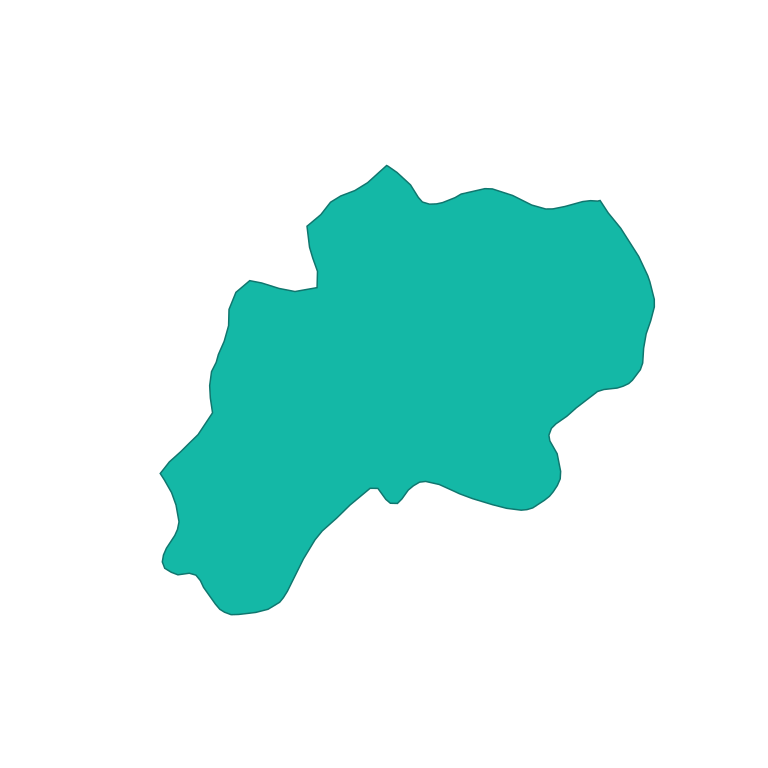 Taehung, P'yŏngan-namdo, North Korea, rotated 58°
{"feature_id": "82179303B83506580076946", "entity_name": "Taehung", "entity_type": "district", "adm_level": 2, "iso_a3": "PRK", "parent_name": "North Korea", "parent_adm1": "P'yŏngan-namdo", "projection": "equal_earth", "projection_center": [126.981, 40.081], "detail": "fine", "context": "isolated", "style": "filled", "palette": "teal", "viewbox_px": 768, "rotation_deg": 58, "n_neighbors": 0, "source": "geoboundaries", "source_scale": "gbopen_adm2", "svg_char_len": 1838}
<svg xmlns="http://www.w3.org/2000/svg" viewBox="0 0 768 768"><g transform="rotate(58 384 384)"><path d="M512.2,381.3L517.0,378.2L528.2,369.6L544.1,355.7L554.4,345.9L563.7,334.5L566.3,329.3L567.9,323.5L567.6,309.4L566.9,303.2L565.1,297.7L562.0,290.9L560.7,289.0L557.8,284.8L551.7,280.5L534.9,274.1L520.1,273.5L514.8,271.3L510.3,265.5L508.9,259.3L508.2,245.8L506.1,233.6L503.5,206.9L505.2,200.4L511.0,188.4L512.6,182.3L513.3,176.2L512.4,171.3L507.7,159.0L503.3,153.5L491.3,144.9L480.4,135.1L471.7,124.3L461.9,113.9L455.4,109.9L438.3,104.4L431.8,102.9L410.8,100.4L377.4,100.7L357.7,103.2L342.9,103.5L342.1,105.9L337.9,111.8L334.6,118.8L329.3,136.6L325.0,148.0L321.3,154.1L310.5,163.9L292.3,175.0L276.0,188.7L271.8,194.9L263.8,217.9L263.6,225.0L261.2,238.2L259.1,244.0L255.6,250.1L250.0,255.0L243.9,256.0L229.2,256.0L211.4,260.9L209.8,261.6L201.4,265.2L200.1,266.0L204.6,291.3L204.5,306.2L201.6,321.1L201.5,333.0L206.9,347.8L209.4,365.7L228.6,374.7L239.5,377.7L253.2,380.7L266.8,389.7L258.4,410.5L247.3,422.4L233.5,434.2L225.2,443.1L227.8,461.0L238.6,475.9L252.2,484.9L263.1,496.9L271.2,508.8L276.7,514.8L282.1,523.7L293.0,532.7L303.9,538.7L317.6,544.7L323.0,556.6L328.4,568.5L331.0,580.5L333.7,592.4L336.3,607.3L338.5,613.3L341.3,621.2L349.0,621.1L363.5,621.7L376.4,624.5L392.3,630.9L397.9,636.2L401.6,641.7L408.0,655.6L412.2,661.7L417.4,666.3L424.1,667.6L430.9,664.2L436.6,659.9L441.3,649.4L446.4,644.8L453.4,643.9L460.9,644.8L481.5,643.6L488.1,642.6L489.7,641.8L493.0,640.2L498.6,635.9L502.4,629.4L506.4,621.0L509.8,613.7L513.6,601.7L513.8,588.2L511.9,582.6L508.6,575.8L489.7,545.1L479.6,525.1L475.9,514.3L472.6,495.0L468.6,476.8L465.1,451.0L469.3,444.5L482.8,443.6L488.5,441.8L492.4,435.9L491.0,429.8L486.8,419.6L485.9,412.9L486.1,405.8L488.7,400.3L498.5,390.4L512.2,381.3Z" fill="#14b8a6" stroke="#0f766e" stroke-width="1.5"/></g></svg>